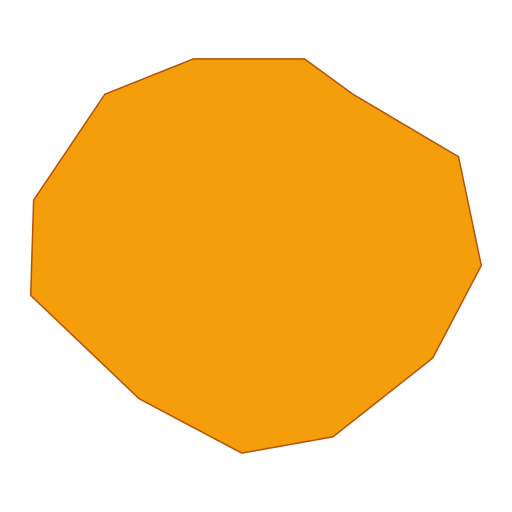 Lankaran City, Lankaran, Azerbaijan (Robinson projection)
{"feature_id": "54616110B92317303093203", "entity_name": "Lankaran City", "entity_type": "district", "adm_level": 2, "iso_a3": "AZE", "parent_name": "Azerbaijan", "parent_adm1": "Lankaran", "projection": "robinson", "projection_center": [48.846, 38.741], "detail": "fine", "context": "isolated", "style": "filled", "palette": "amber", "viewbox_px": 512, "rotation_deg": 0, "n_neighbors": 0, "source": "geoboundaries", "source_scale": "gbopen_adm2", "svg_char_len": 329}
<svg xmlns="http://www.w3.org/2000/svg" viewBox="0 0 512 512"><path d="M445.0,148.8L352.9,94.2L304.5,58.9L193.3,58.9L104.9,94.2L33.6,200.2L32.3,243.2L30.7,295.4L139.1,398.7L186.0,423.6L241.7,453.1L333.0,436.8L425.4,363.8L432.8,357.9L481.3,265.5L458.5,156.7L445.0,148.8Z" fill="#f59e0b" stroke="#b45309" stroke-width="1.5"/></svg>